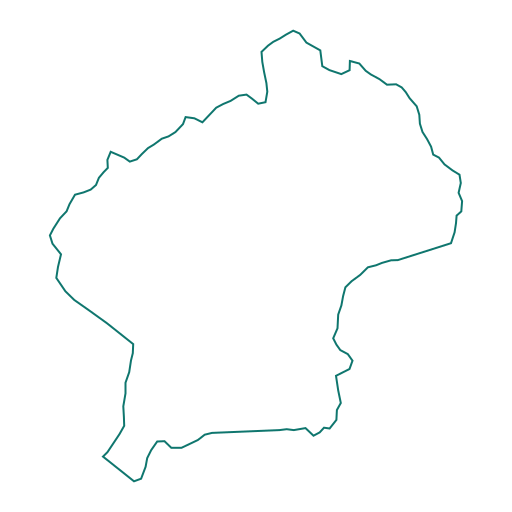 Porto Ferreira, São Paulo, Brazil
{"feature_id": "56859067B95997326511453", "entity_name": "Porto Ferreira", "entity_type": "district", "adm_level": 2, "iso_a3": "BRA", "parent_name": "Brazil", "parent_adm1": "São Paulo", "projection": "equal_earth", "projection_center": [-47.446, -21.845], "detail": "fine", "context": "isolated", "style": "outline", "palette": "teal", "viewbox_px": 512, "rotation_deg": 0, "n_neighbors": 0, "source": "geoboundaries", "source_scale": "gbopen_adm2", "svg_char_len": 1843}
<svg xmlns="http://www.w3.org/2000/svg" viewBox="0 0 512 512"><path d="M134.0,481.3L141.1,478.7L145.6,466.8L147.2,458.1L151.2,450.1L157.2,441.5L164.5,441.2L171.3,447.8L181.5,447.8L191.2,443.2L197.9,440.0L204.7,434.7L212.0,432.9L279.4,430.1L286.7,429.2L293.8,430.1L305.5,428.1L313.5,435.7L319.7,432.4L324.0,427.7L329.6,428.5L336.4,419.9L336.9,410.0L340.8,403.0L338.2,390.4L336.0,375.8L349.5,369.0L352.5,360.7L347.8,354.1L340.3,350.1L336.4,344.6L333.2,338.3L337.5,328.3L338.2,314.6L341.4,305.4L343.1,296.1L345.4,287.3L351.6,281.2L360.2,274.9L367.9,267.3L376.0,265.3L382.0,262.9L391.1,260.3L397.8,260.1L451.0,243.2L454.6,232.3L456.0,223.2L456.6,215.6L461.3,211.4L462.1,201.1L458.6,192.8L460.8,183.0L459.5,174.7L452.5,170.4L444.5,164.4L439.0,157.6L433.2,154.6L431.1,146.7L427.0,139.0L422.5,132.0L419.9,123.7L419.3,114.8L416.7,106.3L409.6,98.2L405.8,92.2L401.7,87.4L396.1,84.3L387.0,84.7L379.4,79.1L370.9,74.5L365.7,70.8L359.3,63.5L349.9,61.0L349.6,70.2L341.3,74.1L329.4,70.1L322.3,66.2L320.3,50.4L306.4,42.6L299.6,33.5L293.2,30.7L285.9,34.7L279.7,38.6L273.3,41.8L268.1,45.6L261.5,51.9L262.3,61.9L264.1,72.1L266.4,83.1L267.3,91.7L265.5,102.2L258.2,103.7L251.8,98.5L246.5,94.6L238.8,95.7L230.6,100.9L223.2,104.0L216.2,107.7L202.4,122.3L194.4,118.3L185.6,117.1L183.0,124.1L175.4,132.1L168.5,136.4L161.8,138.7L153.8,144.6L148.0,148.1L141.8,154.1L136.9,159.3L129.8,161.6L124.2,157.6L110.7,151.8L107.4,159.9L107.8,167.9L103.6,172.2L98.9,177.8L96.0,185.0L90.7,189.6L83.6,192.4L75.0,194.7L69.5,204.2L66.6,211.3L60.0,218.3L53.4,228.6L49.9,235.4L52.5,243.7L61.0,254.3L58.0,266.9L56.3,277.9L65.4,291.3L74.3,300.0L88.4,309.9L98.7,317.3L106.9,323.2L133.2,344.1L132.8,353.2L131.0,360.4L129.2,372.2L125.5,382.7L125.5,393.4L123.3,406.3L123.9,417.1L124.2,425.8L119.5,434.1L107.5,452.1L103.0,456.6L134.0,481.3Z" fill="none" stroke="#0f766e" stroke-width="2"/></svg>